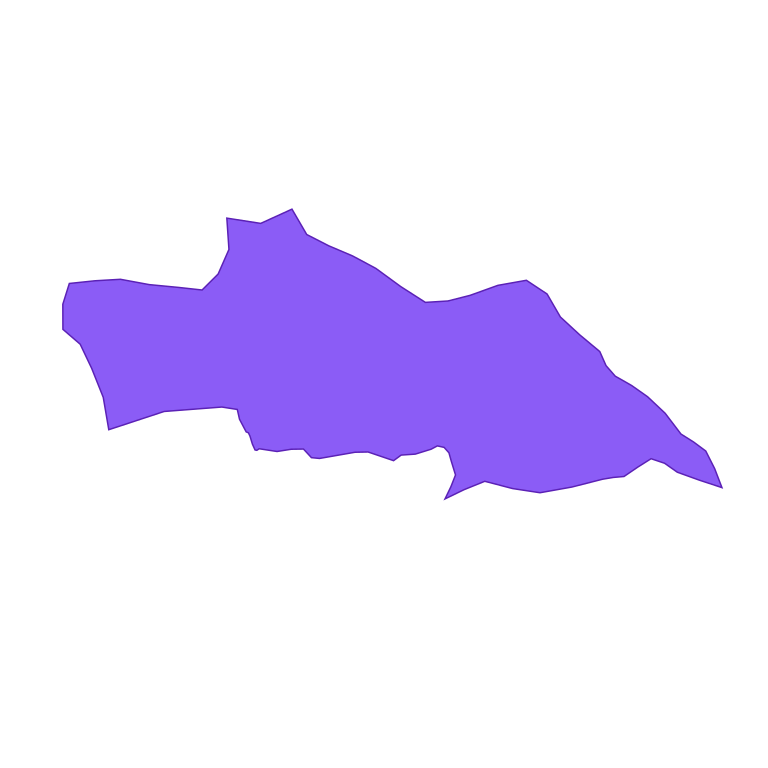 outline of Hajigabul, rotated 341°
{"feature_id": "AZE-1694", "entity_name": "Hajigabul", "entity_type": "District", "adm_level": 1, "iso_a3": "AZE", "parent_name": "Azerbaijan", "parent_adm1": "", "projection": "natural_earth1", "projection_center": [48.915, 40.078], "detail": "fine", "context": "isolated", "style": "filled", "palette": "violet", "viewbox_px": 768, "rotation_deg": 341, "n_neighbors": 0, "source": "natural_earth", "source_scale": "10m", "svg_char_len": 1178}
<svg xmlns="http://www.w3.org/2000/svg" viewBox="0 0 768 768"><g transform="rotate(341 384 384)"><path d="M353.9,188.7L359.6,217.5L376.6,235.2L396.0,252.7L413.9,272.0L431.6,297.4L449.7,320.3L471.4,326.3L494.2,328.2L523.8,327.8L552.4,332.3L567.5,352.0L572.6,378.1L585.1,401.3L598.6,423.6L599.9,438.9L605.2,451.9L617.7,466.1L629.1,481.9L640.3,503.2L648.5,528.0L657.9,539.7L666.4,552.1L669.1,571.7L669.8,592.0L651.0,577.7L632.6,562.9L623.5,550.3L612.2,541.6L596.9,545.2L580.8,549.6L570.4,547.0L559.7,545.2L528.1,542.6L496.1,537.6L471.5,524.7L447.6,508.8L425.2,510.0L404.3,512.5L413.9,502.8L422.0,493.3L422.5,478.6L423.0,470.2L420.2,463.5L414.3,459.9L407.3,461.0L390.8,460.5L377.1,456.8L368.1,459.6L346.8,443.1L334.4,439.1L298.8,433.4L291.4,430.0L286.7,419.3L275.1,415.5L260.9,413.0L244.9,404.6L242.2,405.3L240.6,404.4L240.0,398.0L240.3,389.8L239.9,386.0L238.1,384.4L235.9,370.3L237.0,360.3L223.2,353.0L167.2,338.4L108.9,337.6L114.2,305.2L112.7,274.1L109.7,247.5L98.2,227.8L106.3,204.0L119.2,186.5L144.3,192.3L168.9,199.2L194.4,213.6L221.2,225.8L242.6,235.9L263.0,226.0L281.2,206.3L289.4,176.0L319.7,192.0L353.9,188.7Z" fill="#8b5cf6" stroke="#5b21b6" stroke-width="1.5"/></g></svg>